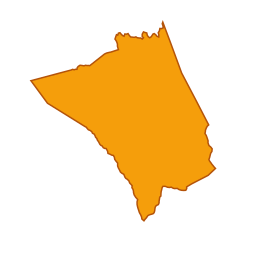 Lagoa Real, Bahia, Brazil (Equal Earth projection), rotated 162°
{"feature_id": "56859067B61911613465108", "entity_name": "Lagoa Real", "entity_type": "district", "adm_level": 2, "iso_a3": "BRA", "parent_name": "Brazil", "parent_adm1": "Bahia", "projection": "equal_earth", "projection_center": [-42.217, -14.03], "detail": "fine", "context": "isolated", "style": "filled", "palette": "amber", "viewbox_px": 256, "rotation_deg": 162, "n_neighbors": 0, "source": "geoboundaries", "source_scale": "gbopen_adm2", "svg_char_len": 2446}
<svg xmlns="http://www.w3.org/2000/svg" viewBox="0 0 256 256"><g transform="rotate(162 128 128)"><path d="M168.4,142.6L167.4,141.6L166.9,140.0L166.2,138.5L164.8,137.4L163.6,135.7L163.4,134.0L162.1,132.7L161.7,130.9L161.7,129.3L160.9,127.7L160.9,126.1L160.2,123.8L159.8,121.2L159.1,119.8L158.1,118.9L157.6,116.9L156.5,115.8L155.1,115.2L154.6,112.3L154.9,110.0L153.5,108.9L151.8,107.2L150.4,106.4L150.0,104.6L150.3,102.3L149.6,100.0L148.7,97.9L149.6,95.1L149.5,92.9L149.1,90.9L148.8,88.5L147.9,87.0L146.3,85.2L146.1,82.2L145.6,80.7L144.7,79.7L143.5,77.5L143.4,75.2L142.6,73.5L141.9,71.9L142.7,70.0L142.2,68.2L142.3,66.4L142.7,64.8L142.8,62.5L142.1,59.7L140.9,57.0L142.2,55.0L143.0,52.4L143.2,50.6L143.3,48.9L143.3,46.2L143.3,44.0L142.8,41.5L142.6,39.3L142.9,37.1L141.5,34.8L140.0,35.9L138.1,37.0L136.4,38.4L135.3,38.7L133.6,38.8L131.7,38.7L130.2,38.8L129.1,39.7L128.2,41.0L127.5,42.6L126.6,44.3L125.1,45.5L122.8,45.8L121.6,47.2L121.1,48.7L120.2,50.4L119.2,52.4L117.8,53.1L116.9,55.5L116.1,57.3L115.1,58.8L114.0,60.7L112.9,61.7L111.3,61.3L110.1,60.7L108.8,59.5L106.9,58.6L105.2,58.4L103.6,56.7L102.4,56.0L101.2,55.7L99.8,55.3L98.4,53.6L96.5,52.3L94.3,51.4L92.3,50.9L90.9,52.2L90.4,53.9L84.7,55.2L66.4,58.2L57.3,62.5L58.1,64.2L58.8,66.1L59.4,67.5L59.8,69.0L60.6,71.3L60.8,73.0L59.5,74.7L57.9,77.3L56.9,78.7L55.5,79.7L54.4,82.2L55.2,84.4L56.4,86.3L56.5,89.2L55.8,91.1L55.8,94.1L55.9,96.8L56.5,99.1L55.7,100.3L55.0,102.0L53.6,103.7L52.1,105.2L50.3,106.0L54.6,132.1L60.0,163.7L61.2,195.9L62.2,217.9L63.2,216.6L63.2,214.3L63.6,212.4L65.4,212.2L66.9,212.8L68.2,210.6L69.8,209.3L69.9,207.0L70.7,205.1L72.2,206.4L72.8,208.1L73.9,209.7L75.3,209.6L76.3,208.7L77.8,207.6L79.4,207.1L80.4,208.3L81.0,210.1L80.8,212.6L82.0,213.4L83.6,214.6L85.5,212.8L86.2,210.7L85.4,209.0L87.0,208.2L88.0,209.6L89.5,210.1L91.3,211.0L92.3,212.2L94.1,212.3L95.8,213.1L97.4,213.8L98.2,215.7L98.8,217.8L100.4,217.7L102.0,218.4L103.4,216.5L104.5,217.5L105.3,218.9L106.2,221.1L107.8,221.2L109.1,219.5L110.1,220.3L111.3,218.8L112.9,216.6L112.3,214.7L112.1,212.9L112.1,211.1L112.8,209.0L112.9,205.5L114.5,205.5L116.5,205.5L119.2,205.5L120.9,205.5L122.4,205.7L123.7,205.8L125.2,205.9L127.5,205.6L145.1,199.1L146.3,199.7L147.5,200.0L149.1,200.8L150.6,200.7L152.3,201.6L154.2,202.5L156.2,202.0L157.6,201.1L158.4,199.6L159.9,200.1L161.2,200.0L162.6,200.9L164.2,200.7L165.7,200.8L167.4,200.9L205.7,203.0L196.9,176.4L168.4,142.6Z" fill="#f59e0b" stroke="#b45309" stroke-width="1.5"/></g></svg>